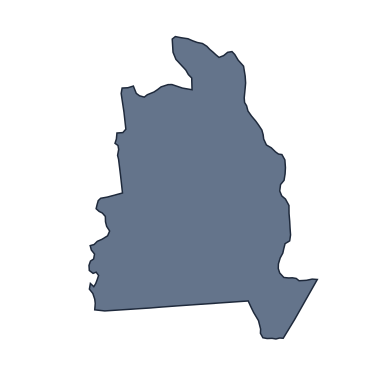 outline of São Sebastião, Alagoas, Brazil, rotated 353°
{"feature_id": "56859067B68585195821070", "entity_name": "São Sebastião", "entity_type": "district", "adm_level": 2, "iso_a3": "BRA", "parent_name": "Brazil", "parent_adm1": "Alagoas", "projection": "natural_earth1", "projection_center": [-36.551, -9.955], "detail": "fine", "context": "isolated", "style": "filled", "palette": "slate", "viewbox_px": 384, "rotation_deg": 353, "n_neighbors": 0, "source": "geoboundaries", "source_scale": "gbopen_adm2", "svg_char_len": 1913}
<svg xmlns="http://www.w3.org/2000/svg" viewBox="0 0 384 384"><g transform="rotate(353 192 192)"><path d="M146.7,79.7L141.1,80.7L135.3,80.3L133.7,85.6L134.2,104.2L134.0,121.6L130.6,124.6L124.7,124.3L123.4,130.2L121.5,134.3L124.2,136.8L124.4,140.8L122.6,146.6L123.1,150.5L123.1,166.2L122.9,184.5L107.5,186.7L100.6,187.1L97.9,189.1L96.2,193.1L94.8,196.9L97.4,199.9L100.4,201.9L103.0,205.7L102.5,211.1L103.1,215.7L105.5,220.7L102.9,225.2L96.8,228.0L92.0,229.4L88.4,232.2L84.4,232.8L85.0,237.3L87.7,241.7L86.2,246.5L82.8,248.2L80.8,252.3L80.5,257.4L83.9,260.7L87.1,259.9L89.1,263.5L87.2,267.5L85.3,271.1L83.0,274.0L80.0,270.4L78.3,275.9L81.2,280.6L82.4,286.5L82.4,290.7L81.1,297.1L90.9,299.4L136.2,302.0L146.2,302.4L164.9,303.3L215.8,306.0L234.5,307.0L236.5,313.3L238.5,319.1L242.3,327.7L243.4,336.4L242.7,340.6L244.6,345.3L248.7,346.6L253.6,347.0L257.4,348.1L261.3,347.6L264.7,348.3L278.3,331.1L305.7,294.1L300.6,293.1L294.8,293.6L287.4,293.1L284.9,290.5L281.2,289.4L277.4,289.1L272.7,288.0L269.2,283.1L268.3,278.5L269.0,273.9L271.5,268.2L274.7,263.7L276.1,259.7L278.1,254.6L283.0,252.4L284.6,246.6L284.9,240.2L285.4,233.0L285.7,225.2L286.6,217.2L283.9,210.4L280.6,206.8L279.2,201.7L280.8,195.4L284.8,191.6L286.6,185.4L287.7,179.3L288.1,171.5L285.8,165.8L282.5,164.9L279.8,162.4L276.1,157.8L271.6,154.4L269.6,148.2L269.6,143.8L268.9,139.0L266.1,133.4L263.9,129.4L260.2,123.7L257.4,118.4L256.7,113.1L255.1,109.6L255.3,104.9L257.3,96.0L258.5,90.4L258.9,83.4L258.7,78.4L258.5,73.4L253.9,66.8L251.2,60.7L248.8,57.5L244.4,57.7L240.0,60.5L235.2,61.7L232.5,58.8L229.8,55.6L226.9,52.5L224.5,49.2L220.5,45.9L215.4,44.2L210.9,41.9L206.7,39.4L200.2,37.6L194.4,35.7L191.0,37.8L190.2,51.0L192.2,58.4L200.7,70.2L202.7,75.0L205.6,78.8L204.5,90.5L195.2,87.7L185.2,82.9L181.3,82.5L174.1,83.9L170.4,86.1L166.5,88.1L159.5,90.0L156.2,92.0L151.6,90.1L148.7,87.3L146.7,79.7Z" fill="#64748b" stroke="#1e293b" stroke-width="1.5"/></g></svg>